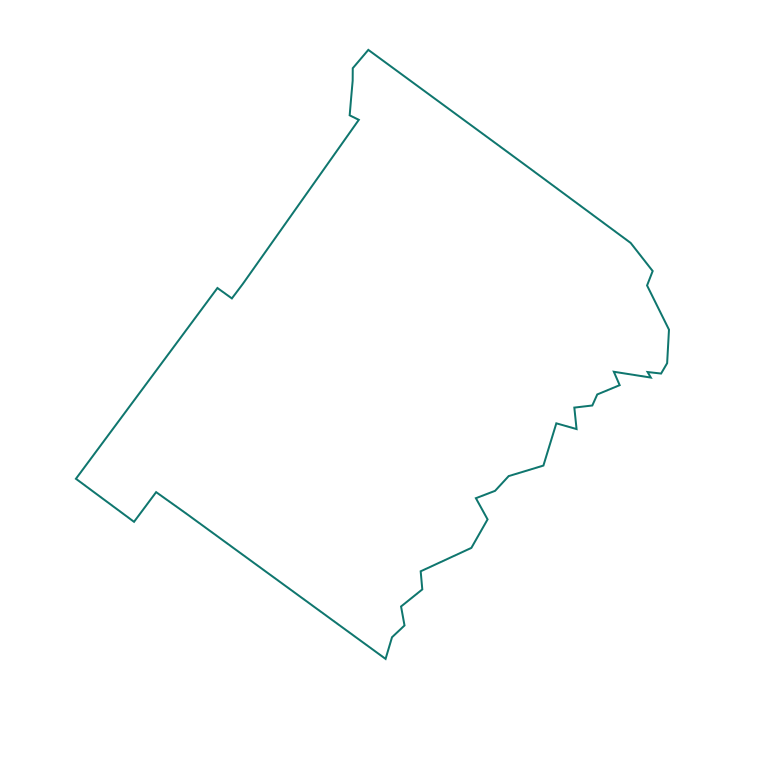 Jackson, Indiana, United States of America (Natural Earth projection), rotated 307°
{"feature_id": "52423323B62706448610818", "entity_name": "Jackson", "entity_type": "district", "adm_level": 2, "iso_a3": "USA", "parent_name": "United States of America", "parent_adm1": "Indiana", "projection": "natural_earth1", "projection_center": [-86.009, 38.897], "detail": "fine", "context": "isolated", "style": "outline", "palette": "teal", "viewbox_px": 768, "rotation_deg": 307, "n_neighbors": 0, "source": "geoboundaries", "source_scale": "gbopen_adm2", "svg_char_len": 682}
<svg xmlns="http://www.w3.org/2000/svg" viewBox="0 0 768 768"><g transform="rotate(307 384 384)"><path d="M360.4,193.2L122.9,195.0L123.5,267.3L160.5,267.1L161.5,304.4L165.4,550.7L186.6,542.8L203.5,545.7L216.6,531.5L243.0,538.2L256.5,526.0L305.7,552.4L338.2,548.2L348.1,526.1L365.5,537.0L385.5,539.0L414.8,560.4L456.3,545.3L463.9,564.9L479.7,550.2L492.2,563.3L504.0,560.6L524.9,572.9L532.1,560.2L549.7,593.2L552.2,587.3L559.1,599.0L571.0,597.6L598.9,578.9L621.0,534.8L635.9,530.6L645.1,496.1L643.9,366.9L643.0,293.6L641.4,170.4L617.4,169.0L607.3,176.5L593.0,185.4L577.9,194.9L579.8,204.9L378.9,211.0L360.8,211.0L360.4,193.2Z" fill="none" stroke="#0f766e" stroke-width="2"/></g></svg>